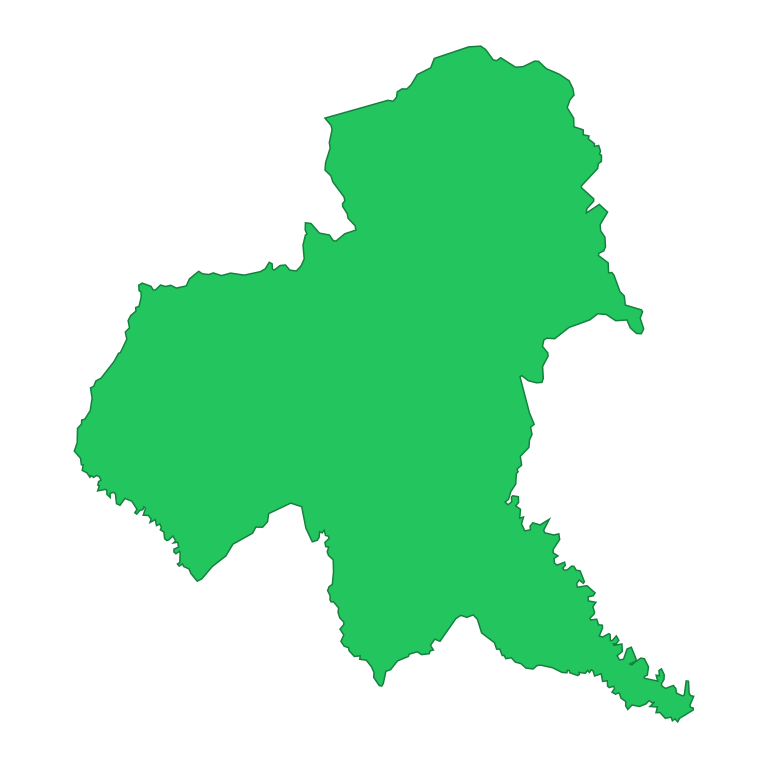 outline of Unaí, Minas Gerais, Brazil
{"feature_id": "56859067B95951765675764", "entity_name": "Unaí", "entity_type": "district", "adm_level": 2, "iso_a3": "BRA", "parent_name": "Brazil", "parent_adm1": "Minas Gerais", "projection": "robinson", "projection_center": [-46.723, -16.386], "detail": "fine", "context": "isolated", "style": "filled", "palette": "green", "viewbox_px": 768, "rotation_deg": 0, "n_neighbors": 0, "source": "geoboundaries", "source_scale": "gbopen_adm2", "svg_char_len": 6083}
<svg xmlns="http://www.w3.org/2000/svg" viewBox="0 0 768 768"><path d="M569.1,80.8L559.6,74.4L546.2,68.6L538.6,61.3L534.6,61.1L523.0,66.7L515.5,67.2L500.7,57.7L496.7,60.6L493.2,59.9L485.7,49.6L480.7,46.1L468.6,46.9L434.3,58.4L430.7,67.8L417.3,74.5L411.2,84.7L406.8,89.0L401.9,88.9L397.2,91.9L396.6,97.1L393.2,101.2L387.9,100.3L324.9,118.1L331.0,125.3L332.1,129.5L329.3,142.7L330.2,148.0L325.6,162.5L325.0,170.1L330.8,175.7L332.9,182.0L344.1,197.1L344.8,200.8L342.5,203.8L342.7,206.5L347.2,213.6L348.2,218.5L355.2,225.8L355.8,230.1L344.9,233.7L336.0,241.0L333.4,240.8L329.4,235.0L319.4,233.1L311.0,223.5L305.4,222.8L305.2,230.0L307.0,234.1L305.4,235.1L303.0,245.1L304.2,258.9L301.2,265.7L296.4,271.0L289.8,270.1L285.5,265.0L280.1,265.5L274.2,270.1L272.5,269.1L272.1,263.8L269.2,262.3L265.3,268.8L260.2,271.7L244.3,275.1L230.6,273.1L221.4,275.6L213.3,272.9L208.9,274.5L202.4,273.8L198.7,271.3L189.4,278.9L186.3,285.9L176.3,288.1L170.8,285.3L165.4,286.5L160.6,285.0L155.2,290.2L153.1,289.8L151.0,286.3L142.2,283.1L138.7,285.2L139.1,290.7L141.1,292.1L141.1,297.3L139.0,306.4L135.7,307.5L135.9,311.1L130.7,315.6L128.1,320.6L129.5,327.9L125.3,332.0L126.8,339.2L120.4,352.6L118.5,353.3L113.9,361.7L101.0,378.2L95.9,380.9L93.8,386.2L90.5,387.9L92.1,398.1L90.2,410.6L84.8,419.2L81.7,420.0L81.5,424.0L77.5,428.4L77.2,442.7L74.3,451.1L80.5,458.2L81.4,464.8L83.2,465.0L82.2,470.4L86.9,472.8L89.9,477.3L90.9,475.5L93.5,477.4L96.6,475.5L99.2,476.6L101.1,480.1L98.6,481.6L97.8,485.2L99.3,485.9L97.6,490.9L105.4,489.4L106.9,490.4L106.9,494.4L110.2,497.5L110.1,493.4L113.1,492.3L115.4,493.6L116.5,503.7L120.0,505.3L125.0,498.4L131.8,501.2L137.0,509.3L134.8,512.7L136.7,514.1L140.1,510.2L142.8,509.7L143.9,506.8L145.5,508.5L143.2,515.2L148.4,515.5L151.1,519.0L150.0,522.5L155.3,519.6L156.5,525.6L159.9,524.0L161.4,527.7L160.3,529.8L163.9,532.1L164.6,538.7L166.8,540.5L168.9,539.8L172.9,536.0L175.7,540.8L173.5,542.9L177.6,542.2L178.6,547.2L174.0,549.1L173.9,552.0L175.9,553.8L179.5,551.3L180.1,553.2L179.8,562.4L177.4,564.0L179.2,566.1L182.5,564.0L183.7,566.5L189.1,569.0L190.8,573.4L197.2,581.2L201.8,578.9L212.2,566.6L225.9,555.9L232.9,544.2L252.6,533.2L255.9,527.1L262.6,527.2L267.5,521.8L268.7,513.6L290.7,503.1L301.7,506.7L305.9,528.2L312.3,541.8L317.2,540.3L319.1,537.5L319.6,531.8L322.2,532.9L324.2,530.2L325.5,535.4L328.5,536.3L329.1,538.3L324.9,542.5L325.7,546.6L328.7,547.1L327.2,551.8L328.5,555.4L333.2,559.8L333.5,572.2L332.3,584.4L329.1,586.7L327.6,590.6L330.1,595.6L330.0,600.0L331.2,602.0L333.4,601.7L338.6,607.9L338.0,612.3L339.8,617.9L343.8,622.1L343.8,624.5L340.0,629.1L343.8,635.0L340.9,641.3L344.2,646.2L348.5,647.7L349.1,650.7L354.4,656.5L360.2,655.8L359.8,659.3L366.3,660.2L371.4,666.7L374.0,672.5L373.7,677.4L379.2,685.5L381.8,686.1L383.3,683.5L385.9,671.3L390.6,669.7L397.5,660.9L408.5,656.4L409.2,654.2L417.3,651.8L421.5,654.6L429.3,653.7L430.0,651.0L433.4,650.0L430.5,645.3L434.8,639.2L440.0,641.3L455.9,618.6L460.8,615.4L466.9,617.3L473.2,614.9L477.4,619.3L481.6,632.9L494.5,642.7L496.6,649.2L499.8,649.1L502.2,655.5L504.2,655.5L505.8,658.7L511.3,657.7L515.3,662.1L521.1,663.7L526.0,668.1L533.1,669.0L537.1,665.5L540.9,665.2L552.4,667.7L562.0,672.4L566.9,672.8L567.4,670.5L569.3,670.5L569.9,672.8L577.7,675.5L579.4,674.4L578.9,672.4L585.3,673.3L587.6,670.4L589.4,672.5L591.3,669.8L593.0,670.8L594.6,676.0L601.2,673.8L602.6,681.4L607.3,680.8L607.6,686.2L609.2,687.6L613.7,686.3L614.5,688.6L612.0,692.2L615.6,694.2L618.4,692.9L619.7,694.0L620.9,698.1L625.7,701.5L625.7,705.9L627.8,709.5L632.0,705.0L639.4,706.5L646.0,703.9L649.1,700.6L652.2,702.9L654.6,702.1L649.9,706.5L657.4,707.0L656.0,712.7L659.9,712.5L665.3,718.3L671.0,717.2L672.4,720.8L675.0,718.9L677.7,721.9L679.6,718.3L693.2,710.0L693.3,708.1L690.4,707.2L690.0,705.2L693.7,696.3L690.5,695.6L689.1,693.1L688.5,681.2L686.2,680.9L684.3,694.9L682.6,695.9L676.5,693.1L675.8,688.5L673.3,685.5L665.6,688.4L662.2,686.3L661.3,684.1L664.0,679.4L664.2,674.7L661.5,668.9L659.0,670.4L659.3,675.7L656.1,675.2L657.8,681.1L644.6,678.3L644.3,676.5L647.3,675.1L648.5,666.9L644.4,658.7L640.8,658.1L635.1,662.1L636.1,659.1L631.3,647.2L627.1,649.0L623.5,659.3L619.6,659.9L617.1,655.8L622.3,651.5L621.9,644.0L614.1,645.4L613.3,643.9L616.4,643.6L618.8,640.3L616.3,635.9L612.2,640.6L610.3,640.5L610.1,634.5L608.8,633.7L602.7,637.0L599.2,636.0L602.6,627.9L602.3,625.2L598.5,624.8L596.7,619.2L590.5,619.9L589.9,618.2L593.9,614.3L594.6,612.3L592.8,606.7L595.9,602.3L588.3,600.9L588.1,596.8L593.2,595.8L595.1,592.9L587.0,585.7L577.4,587.2L576.6,583.7L579.2,580.0L583.3,583.3L584.4,581.8L580.1,570.8L576.3,570.3L573.9,566.3L571.7,566.1L566.9,570.1L564.3,570.1L562.7,568.3L565.3,565.4L564.6,562.2L556.8,565.2L554.4,562.8L554.1,558.4L558.0,555.9L553.2,552.9L553.1,549.5L559.7,539.5L558.8,533.8L553.9,535.0L544.7,532.8L543.7,530.2L549.3,519.2L540.1,524.9L532.8,522.8L530.1,526.2L530.4,529.8L524.8,530.9L521.5,523.8L523.5,517.0L519.7,518.1L520.5,509.3L515.7,505.9L518.6,502.5L518.4,496.7L512.7,495.8L511.4,497.1L511.7,501.9L508.0,504.7L505.1,502.0L508.5,499.4L510.8,491.6L515.7,484.1L516.4,473.7L518.1,471.7L517.0,469.1L521.6,465.2L520.3,456.3L528.9,447.4L529.5,439.9L532.0,434.5L530.6,427.1L534.2,424.3L529.4,412.7L520.0,376.8L521.7,375.6L528.3,380.7L536.4,382.8L541.9,382.4L543.3,378.5L542.6,366.5L548.1,356.1L547.8,353.0L542.5,346.4L543.9,339.9L546.8,338.2L554.7,338.7L569.1,327.4L589.8,319.9L597.8,313.8L606.3,314.5L615.7,320.7L626.9,320.0L630.3,327.9L636.6,333.5L641.3,333.7L643.7,328.9L640.2,318.1L642.6,311.7L641.5,309.9L625.3,305.0L624.3,296.0L619.9,291.5L614.0,275.2L611.9,272.5L608.6,272.9L608.2,262.9L598.4,255.5L598.9,253.3L603.8,250.8L605.5,246.8L604.9,237.1L600.6,230.8L600.2,224.5L607.6,212.1L599.3,204.4L586.4,213.0L586.8,208.7L593.6,201.3L593.8,198.9L581.7,188.0L581.3,186.0L597.7,168.4L598.3,163.7L601.4,161.5L601.5,155.4L599.5,154.1L600.5,151.1L598.7,145.5L594.3,146.3L594.4,143.6L588.4,139.0L589.0,136.0L583.1,134.7L583.3,129.9L573.9,126.7L573.7,118.2L567.2,107.6L570.1,99.6L574.0,95.1L572.9,88.6L569.1,80.8ZM635.1,662.1L631.9,665.0L629.8,664.0L633.3,662.2L635.1,662.1Z" fill="#22c55e" stroke="#15803d" stroke-width="1.5"/></svg>